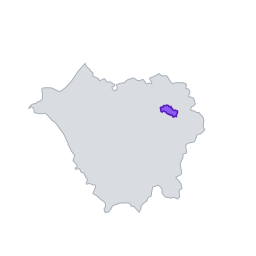 Ushachy, Vitebsk, Belarus (highlighted), rotated 49°
{"feature_id": "67162791B55947192119521", "entity_name": "Ushachy", "entity_type": "district", "adm_level": 2, "iso_a3": "BLR", "parent_name": "Belarus", "parent_adm1": "Vitebsk", "projection": "orthographic", "projection_center": [28.697, 55.126], "detail": "fine", "context": "in_parent", "style": "filled", "palette": "violet", "viewbox_px": 256, "rotation_deg": 49, "n_neighbors": 0, "source": "geoboundaries", "source_scale": "gbopen_adm2", "svg_char_len": 6321}
<svg xmlns="http://www.w3.org/2000/svg" viewBox="0 0 256 256"><g transform="rotate(49 128 128)"><path d="M198.9,174.9L195.4,174.9L191.2,175.1L188.9,176.9L186.4,176.1L184.6,177.1L180.6,181.8L179.0,184.2L177.6,188.0L176.7,190.8L177.3,192.7L178.1,194.5L178.3,196.4L178.7,197.9L177.7,199.0L177.2,200.6L175.4,200.4L173.2,198.9L172.7,196.7L171.0,195.2L169.9,194.5L168.1,194.4L165.2,195.2L161.4,195.8L158.6,195.9L157.0,196.7L154.7,197.5L153.9,196.6L152.6,194.1L151.5,191.7L150.8,190.6L150.1,190.3L149.4,190.3L148.5,191.1L147.9,191.9L145.5,192.9L144.4,193.8L143.3,196.1L142.5,195.9L141.7,195.4L140.8,192.8L139.6,192.2L137.6,192.2L135.1,191.6L133.1,190.8L132.4,191.0L131.2,192.1L129.9,192.3L127.1,191.2L126.5,191.7L124.9,194.5L124.1,194.6L123.7,194.3L123.9,191.8L122.3,190.9L119.6,190.7L117.6,191.0L116.7,190.9L116.2,190.4L113.9,186.3L112.6,186.0L110.4,186.1L107.1,185.5L103.3,184.5L101.2,184.1L100.2,183.1L97.8,182.7L91.6,180.8L89.0,180.3L85.3,180.1L79.5,179.5L75.8,179.5L74.1,180.0L72.1,180.3L65.2,180.3L62.8,180.7L62.0,181.5L61.1,183.3L58.1,186.4L55.2,188.4L54.7,188.6L53.1,187.3L51.8,186.8L50.3,186.6L49.1,186.9L48.4,187.4L48.3,189.9L48.1,190.1L47.1,187.0L47.4,184.3L48.2,182.8L49.1,181.5L48.9,179.4L49.9,176.6L50.1,174.6L49.8,173.7L49.2,172.7L47.5,171.5L46.8,170.5L44.5,169.2L42.2,167.6L41.9,166.7L42.1,166.1L42.5,165.2L44.5,162.6L46.7,160.2L48.0,159.2L54.8,156.3L55.9,155.2L56.3,153.2L56.5,149.2L56.3,145.6L56.0,143.0L55.1,138.2L52.4,128.2L51.1,117.9L52.4,118.6L55.4,119.0L57.9,118.5L59.2,118.5L60.3,118.8L63.5,118.4L64.3,119.4L65.6,120.3L68.5,119.3L71.1,118.0L73.7,118.3L74.1,117.6L74.9,114.1L75.7,113.3L78.8,113.8L80.0,113.3L81.2,111.5L83.1,110.5L84.6,110.6L86.3,109.4L87.0,110.3L87.3,111.8L86.7,113.0L86.9,113.5L88.0,114.1L89.9,114.2L91.1,113.7L91.4,113.0L91.5,111.8L91.2,110.6L90.5,109.6L89.0,109.0L88.0,109.0L87.8,108.3L88.2,107.0L89.2,104.6L90.5,102.4L91.2,101.5L91.3,100.8L91.3,99.4L91.3,97.0L92.5,93.6L93.9,91.0L95.8,90.3L98.0,89.9L99.5,88.7L100.2,87.4L100.9,85.2L101.6,84.7L106.9,85.2L107.7,83.0L108.2,82.4L109.2,81.8L110.0,81.0L109.7,80.4L108.4,80.0L105.2,79.5L104.6,78.8L104.8,77.9L105.8,75.7L106.6,72.7L107.1,70.5L107.2,69.1L107.7,68.8L110.2,68.4L111.1,68.0L113.4,65.0L115.1,64.5L119.3,65.4L121.3,65.4L123.8,65.6L124.0,65.3L125.0,62.3L129.3,57.4L131.6,55.7L133.0,55.4L133.5,55.4L135.8,58.1L136.3,58.2L137.8,57.1L140.4,57.0L141.6,57.9L143.4,61.1L144.3,61.5L146.8,59.7L148.2,59.1L149.2,59.1L154.0,61.5L154.3,62.3L154.4,63.2L153.7,66.1L154.7,67.9L155.9,69.1L158.3,67.1L159.2,66.5L160.2,66.5L161.6,65.7L162.5,64.6L163.4,64.2L165.2,64.4L168.4,64.1L172.2,65.7L172.5,66.3L174.4,68.3L175.1,69.3L175.8,69.6L176.8,70.5L178.1,71.1L179.1,70.9L179.5,71.2L180.0,72.0L180.0,73.3L180.0,77.2L178.7,79.2L178.6,79.9L178.7,80.8L179.8,82.4L181.2,84.9L181.6,86.4L181.7,87.5L179.9,90.8L179.3,91.6L178.9,93.2L178.7,94.9L178.8,95.6L182.1,98.1L184.5,99.4L185.1,100.1L185.1,100.5L184.0,103.3L183.9,104.1L185.8,105.2L186.9,107.0L188.0,109.9L189.9,112.7L196.9,116.6L197.5,117.3L197.8,118.2L197.6,120.2L196.5,124.0L197.7,124.5L200.7,124.2L204.4,124.5L209.0,126.9L209.0,128.1L208.6,129.2L209.0,130.3L209.5,131.2L213.5,133.9L214.0,134.8L214.1,136.2L214.1,137.3L213.0,137.5L211.8,138.1L210.0,139.5L209.3,141.3L206.3,143.9L204.4,145.1L202.9,145.2L199.1,144.9L197.8,143.7L197.2,142.7L195.8,142.2L193.9,142.3L191.3,142.5L190.8,142.9L190.4,144.3L189.4,146.7L188.7,148.0L192.1,152.5L193.9,154.3L194.5,155.5L194.5,156.3L193.7,157.3L193.9,159.3L195.6,161.8L195.1,162.2L195.1,165.4L195.2,168.8L195.7,169.6L196.6,170.2L197.4,171.4L198.8,174.2L198.9,174.9Z" fill="#d9dde1" stroke="#a8b0b8" stroke-width="1"/><path d="M149.6,82.1L149.6,81.9L149.5,81.6L149.4,81.5L149.3,81.3L149.2,81.2L148.9,80.9L148.7,80.8L148.7,80.7L148.6,80.3L148.6,80.2L148.4,80.0L148.3,79.9L148.1,79.9L147.9,79.7L147.7,79.6L147.4,79.5L147.2,79.7L147.0,79.9L146.9,80.0L146.7,80.1L146.4,80.1L146.2,80.2L146.2,80.3L146.0,80.5L145.9,80.7L145.8,80.8L145.7,81.0L145.4,81.1L145.2,81.0L145.1,81.3L145.3,81.3L145.3,81.5L145.2,81.5L144.9,81.7L144.7,81.8L144.4,82.0L144.1,82.2L144.0,82.3L143.9,82.3L143.7,82.4L143.4,82.2L143.2,82.0L143.1,81.9L142.9,81.9L142.7,81.9L142.6,82.0L142.4,82.1L142.2,82.2L141.9,82.0L141.8,81.9L141.7,81.9L141.3,81.8L141.2,81.9L141.1,82.0L141.1,82.3L140.9,82.2L140.7,82.0L140.4,81.9L140.4,81.7L140.2,81.6L139.9,81.5L139.8,81.8L139.7,81.9L139.6,82.0L139.4,82.1L139.4,82.3L139.4,82.5L139.2,82.7L139.0,82.8L138.9,82.8L138.9,83.1L138.7,83.2L138.4,83.1L138.2,83.0L138.1,82.9L137.9,82.9L137.7,82.9L137.4,82.8L137.2,82.9L137.0,83.0L136.9,83.1L136.6,83.4L136.4,83.5L136.2,83.6L136.0,83.9L136.0,84.1L136.0,84.5L135.9,84.8L135.8,85.0L135.7,85.1L135.5,85.3L135.3,85.4L135.0,85.7L134.8,86.0L134.6,86.2L134.5,86.3L134.5,86.5L134.9,86.8L135.0,87.0L135.3,87.1L135.4,87.3L135.3,87.5L135.2,87.5L134.9,87.8L134.7,87.9L134.6,88.0L134.5,88.4L134.5,88.6L134.4,88.8L134.3,89.1L134.2,89.3L133.9,89.5L133.9,89.9L133.9,90.1L134.0,90.3L134.1,90.5L134.3,90.6L134.6,90.7L134.8,90.6L135.0,90.6L135.0,90.8L135.1,91.0L135.3,91.0L135.5,91.0L135.7,91.3L135.8,91.4L135.9,91.5L136.0,91.6L136.3,91.8L136.5,92.1L136.9,92.1L137.0,92.1L137.3,92.1L137.5,92.2L137.7,91.9L137.7,91.7L137.8,91.6L138.0,91.6L138.3,91.6L138.2,91.4L138.2,91.1L138.3,91.0L138.3,90.9L138.3,90.6L138.4,90.3L138.5,90.2L138.8,90.2L139.0,90.1L139.1,89.9L139.3,89.7L139.5,89.6L139.8,89.5L140.1,89.4L140.2,89.2L140.3,89.1L140.5,88.9L140.7,89.0L140.8,89.0L140.9,88.9L141.0,88.9L141.2,89.0L141.3,89.0L141.5,89.1L141.8,89.1L142.0,89.1L142.3,88.9L142.4,89.0L142.5,89.0L142.8,89.1L143.0,89.0L143.1,88.9L143.2,88.7L143.3,88.7L143.6,88.5L143.8,88.5L144.1,88.5L144.3,88.5L144.4,88.4L144.4,88.2L144.5,88.0L144.5,87.9L144.7,88.0L144.8,88.0L145.0,88.0L145.2,87.9L145.4,87.8L145.5,87.7L145.9,87.6L146.0,87.6L146.3,87.5L146.3,87.4L146.3,87.2L146.5,87.0L146.5,86.9L146.6,86.7L146.7,86.3L146.7,86.2L146.9,86.2L147.0,86.2L147.0,86.3L147.3,86.4L147.4,86.5L147.5,86.5L147.8,86.5L148.0,86.6L148.3,86.7L148.4,86.4L148.5,86.3L148.7,86.2L148.8,86.2L148.9,86.3L148.9,86.5L149.0,86.5L149.3,86.7L149.5,86.7L149.7,86.4L149.6,86.2L149.6,85.9L149.5,85.7L149.6,85.4L149.8,85.4L150.0,85.2L150.0,84.8L150.0,84.7L150.3,84.7L150.6,84.4L150.8,84.2L151.1,84.1L151.2,83.9L151.0,83.7L150.8,83.6L150.6,83.6L150.4,83.4L150.2,83.3L150.2,83.2L150.0,82.9L149.9,82.8L149.8,82.7L149.7,82.6L149.6,82.3L149.6,82.2L149.6,82.1Z" fill="#8b5cf6" stroke="#5b21b6" stroke-width="1.5"/></g></svg>